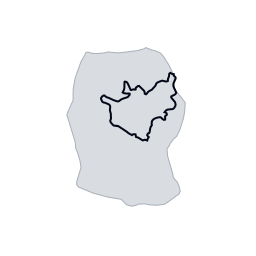 Thaba-Tseka highlighted on a map of Lesotho, rotated 313°
{"feature_id": "LSO-1215", "entity_name": "Thaba-Tseka", "entity_type": "District", "adm_level": 1, "iso_a3": "LSO", "parent_name": "Lesotho", "parent_adm1": "", "projection": "natural_earth1", "projection_center": [28.641, -29.5], "detail": "medium", "context": "in_parent", "style": "outline", "palette": "ink", "viewbox_px": 256, "rotation_deg": 313, "n_neighbors": 0, "source": "natural_earth", "source_scale": "10m", "svg_char_len": 2876}
<svg xmlns="http://www.w3.org/2000/svg" viewBox="0 0 256 256"><g transform="rotate(313 128 128)"><path d="M161.8,167.2L155.9,169.1L155.1,169.3L151.3,168.8L146.3,169.3L142.3,170.4L139.2,170.8L134.2,176.5L125.1,191.8L122.7,195.0L122.0,201.0L119.9,205.7L117.3,209.4L114.7,210.3L107.1,208.9L97.4,206.9L91.7,202.3L86.6,196.3L84.0,191.9L81.2,189.4L80.2,188.1L76.2,186.1L74.7,185.0L73.4,184.2L71.8,181.3L70.9,178.8L71.2,171.7L68.4,167.4L63.6,160.2L60.5,154.3L56.3,146.2L53.8,139.3L51.1,132.2L51.5,129.1L54.0,127.0L61.3,123.4L67.0,120.6L71.1,115.5L75.6,107.9L77.7,103.3L79.9,101.2L82.3,98.0L86.4,90.8L91.0,82.9L95.9,74.3L102.2,71.8L110.7,69.0L118.9,61.5L128.6,55.2L144.4,48.4L151.8,46.7L154.6,45.7L156.3,47.0L158.2,50.9L160.9,54.1L167.1,59.8L169.7,61.2L176.2,69.6L183.0,75.4L190.9,82.0L196.3,85.4L199.0,86.3L201.3,92.2L203.6,96.6L204.9,100.7L204.6,104.6L202.1,114.4L198.4,124.4L195.5,128.5L192.0,131.2L188.5,135.1L187.1,143.1L185.6,152.5L181.0,156.4L177.5,159.0L172.6,162.1L161.8,167.2Z" fill="#d9dde1" stroke="#a8b0b8" stroke-width="1"/><path d="M197.2,121.3L197.7,123.5L198.6,124.8L197.6,125.6L197.5,128.1L196.7,129.1L191.7,130.8L189.7,132.4L188.7,134.4L187.8,136.7L186.6,139.3L185.6,139.5L184.2,139.4L180.7,138.1L180.0,138.5L179.7,139.1L179.1,144.0L178.9,144.9L178.4,145.8L177.4,147.0L176.4,147.6L174.0,148.1L173.0,148.0L172.0,147.5L168.5,144.4L166.6,143.8L165.3,143.9L164.5,144.0L165.0,145.0L165.1,146.0L164.6,147.0L164.0,147.4L162.1,147.1L161.5,147.4L160.1,149.0L159.3,149.4L158.3,148.5L158.1,147.3L158.2,145.1L158.0,144.5L157.2,143.5L154.7,141.8L152.9,141.0L151.5,140.7L150.0,140.7L148.9,141.1L147.0,142.6L146.4,143.5L144.7,143.8L143.2,144.3L139.9,146.5L138.7,146.9L137.4,146.3L135.8,146.9L135.5,148.2L135.5,149.4L133.3,149.8L132.0,150.6L130.8,148.2L129.0,147.3L127.9,141.9L126.9,140.0L128.5,137.8L126.9,136.0L125.5,135.8L124.5,131.7L124.5,130.2L122.8,119.9L122.4,118.9L121.9,118.7L121.5,117.6L120.9,117.2L120.1,115.9L120.0,115.2L120.1,113.3L120.5,111.1L121.2,110.0L123.2,109.2L126.8,105.6L128.5,102.8L131.4,100.5L131.9,99.9L132.2,99.1L132.2,97.8L130.7,93.8L129.9,92.5L129.7,91.3L130.8,88.6L131.5,87.9L133.5,87.6L135.0,87.9L135.7,88.6L135.8,90.7L136.0,91.5L136.8,93.1L138.6,98.6L140.2,102.1L140.8,102.7L141.6,103.1L144.1,103.5L146.2,104.4L150.4,106.7L153.1,106.6L153.6,106.4L154.2,105.8L153.9,105.1L152.7,104.1L150.8,101.5L150.4,100.6L150.4,99.8L153.0,99.1L154.7,98.1L159.2,94.1L159.7,94.0L160.0,94.3L160.7,95.6L160.4,97.5L157.7,103.9L158.0,104.5L159.5,105.3L160.0,105.7L161.0,107.1L161.4,107.3L162.2,106.5L163.3,106.3L165.2,106.6L166.3,107.3L166.2,113.9L165.9,115.1L165.3,116.0L164.5,116.9L164.9,118.2L165.3,118.3L168.3,118.1L169.3,118.3L172.3,119.3L173.2,119.3L177.8,119.2L179.4,118.5L180.5,118.3L182.6,119.0L185.6,120.5L186.3,121.2L187.6,123.7L188.5,124.6L189.6,125.1L191.1,123.8L193.6,122.8L195.8,121.2L197.2,121.3Z" fill="none" stroke="#020617" stroke-width="2"/></g></svg>